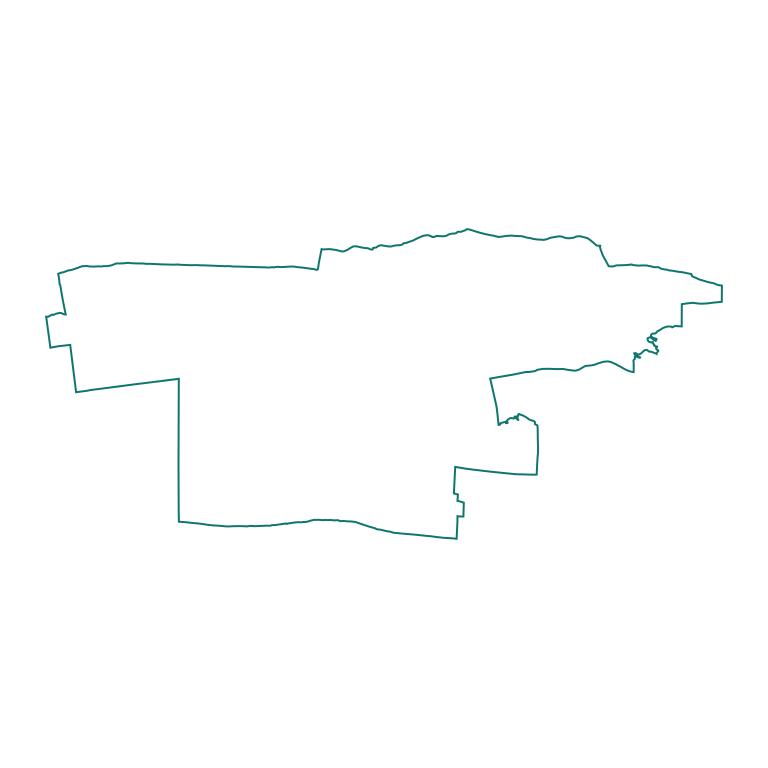 Gogosu, Dolj, Romania
{"feature_id": "2599482B40492403167695", "entity_name": "Gogosu", "entity_type": "district", "adm_level": 2, "iso_a3": "ROU", "parent_name": "Romania", "parent_adm1": "Dolj", "projection": "albers", "projection_center": [23.374, 44.414], "detail": "fine", "context": "isolated", "style": "outline", "palette": "teal", "viewbox_px": 768, "rotation_deg": 0, "n_neighbors": 0, "source": "geoboundaries", "source_scale": "gbopen_adm2", "svg_char_len": 6075}
<svg xmlns="http://www.w3.org/2000/svg" viewBox="0 0 768 768"><path d="M456.6,538.8L457.4,522.2L457.5,516.2L461.0,516.5L463.4,516.5L463.8,502.7L459.9,501.4L457.5,500.9L457.9,494.5L453.9,493.4L455.2,466.9L466.6,468.8L474.6,469.8L490.8,471.7L515.5,474.2L533.4,474.7L536.7,474.6L537.0,467.5L537.5,458.2L538.0,452.7L538.1,449.3L537.8,438.8L537.7,429.4L537.5,425.7L537.0,425.1L535.8,424.6L535.0,424.1L534.9,421.9L533.8,421.1L529.5,419.7L526.0,417.1L522.7,415.4L520.3,414.6L519.3,414.0L518.3,414.3L518.2,415.7L517.9,416.1L517.5,416.1L517.7,419.1L518.3,419.9L518.2,420.0L517.9,419.9L517.5,419.5L517.3,419.0L517.0,418.9L516.2,418.3L516.4,417.3L516.2,417.0L515.8,416.7L514.9,416.5L514.7,416.6L514.7,416.9L515.2,417.3L515.2,417.6L514.9,417.9L514.7,417.9L514.7,418.2L513.7,418.2L513.5,418.5L511.7,418.1L510.1,418.1L507.6,419.9L507.0,420.8L506.9,421.5L507.5,422.3L507.5,422.9L506.6,423.2L506.0,423.1L505.9,421.7L500.7,423.1L500.3,424.5L498.6,424.9L497.2,411.8L496.4,405.9L490.2,378.6L498.9,377.0L514.2,374.4L525.3,372.1L529.3,371.9L533.8,371.3L535.2,371.0L537.5,369.8L542.7,368.9L549.2,368.8L556.8,369.1L562.3,369.0L564.6,369.2L566.8,369.7L571.8,370.4L575.7,370.7L579.1,369.6L585.2,366.0L592.0,365.3L594.7,364.7L596.8,363.8L603.3,361.8L607.3,361.4L608.9,361.5L611.6,362.3L615.8,364.2L618.3,365.7L620.4,366.6L622.8,368.1L626.6,370.1L629.5,371.2L631.7,371.8L633.6,372.1L633.7,368.9L633.7,363.3L633.4,360.8L633.9,359.7L634.8,358.9L635.0,358.0L634.9,356.6L636.4,356.4L637.6,357.1L639.8,357.8L640.0,357.3L638.1,356.7L635.6,355.1L634.3,353.8L634.2,353.3L635.7,353.1L637.3,354.2L639.0,354.6L641.3,353.3L644.0,350.6L645.0,350.2L646.8,349.9L649.3,351.7L650.8,351.6L655.6,353.4L656.5,353.9L656.5,353.2L658.2,351.2L658.3,350.6L657.8,350.0L656.9,349.7L656.3,349.1L656.1,347.7L657.1,347.1L657.1,346.6L655.5,346.3L654.1,345.5L654.3,344.7L653.7,344.2L653.0,343.5L652.8,342.7L652.8,341.9L651.6,342.5L650.0,342.2L648.4,341.4L647.9,340.2L647.5,339.2L647.6,338.4L648.1,337.9L651.0,337.1L651.5,338.2L653.9,339.6L655.7,340.9L656.1,340.3L656.5,339.0L655.4,338.5L653.2,337.9L650.8,336.1L651.1,335.0L651.6,334.2L652.6,333.6L654.6,333.6L655.6,333.3L657.0,331.9L657.3,331.3L659.4,330.3L663.0,328.0L665.8,326.9L668.6,326.4L671.6,326.7L672.2,327.3L672.9,327.1L674.9,326.0L681.7,326.4L681.8,304.2L686.2,303.5L692.7,302.8L698.1,303.5L700.5,303.7L703.9,303.6L708.6,303.3L712.7,302.7L721.8,301.8L721.9,285.6L717.7,285.0L714.9,283.7L712.7,283.0L711.3,282.8L707.7,282.0L703.2,280.6L699.0,279.4L696.2,278.0L693.4,276.9L691.8,275.9L691.7,274.8L691.1,273.9L689.3,273.7L682.4,272.2L679.8,272.0L672.2,270.7L668.9,270.4L667.0,269.7L664.7,269.5L660.6,268.5L659.0,267.4L657.9,267.2L654.2,267.2L651.6,266.6L650.1,266.1L648.8,266.0L647.1,265.5L642.6,265.4L638.4,265.6L633.2,265.1L632.0,264.6L630.7,264.5L630.3,264.7L625.6,265.1L616.4,265.4L613.7,266.3L612.1,266.5L608.7,266.2L602.9,255.6L600.5,249.2L599.9,246.9L600.2,245.8L597.6,245.7L596.3,245.3L593.1,242.4L589.7,239.7L587.2,238.0L583.3,237.1L581.1,236.5L579.7,236.2L576.4,236.5L573.7,237.7L569.9,238.2L567.6,238.3L564.3,237.6L563.3,237.1L562.1,236.7L560.6,236.4L558.4,236.4L550.6,237.7L546.5,239.3L543.6,239.9L541.4,239.7L537.7,239.5L533.1,238.9L529.9,238.0L527.2,237.7L522.0,236.2L514.3,235.9L510.9,235.5L509.3,235.8L507.2,235.8L502.6,236.5L498.3,237.0L497.1,236.5L495.3,236.3L493.6,235.6L491.0,235.3L486.4,234.3L485.5,234.2L477.7,232.1L470.5,229.8L468.4,229.3L466.8,229.2L466.1,229.6L465.6,230.2L463.0,231.0L461.8,231.6L460.4,231.8L457.6,231.8L456.4,233.0L454.8,233.5L453.2,233.5L451.1,233.8L448.9,234.4L446.6,235.6L444.5,236.2L442.7,236.3L438.2,236.0L436.3,236.0L434.8,236.7L433.4,237.0L432.2,237.0L431.8,236.5L428.3,235.2L425.2,235.4L423.1,235.8L416.5,238.7L413.8,240.2L406.3,242.9L403.5,243.3L402.6,244.3L401.2,244.9L399.2,245.3L397.6,245.2L395.8,245.4L393.0,245.9L391.9,246.3L390.8,246.5L388.2,246.4L381.5,245.3L379.8,245.4L377.6,246.4L376.5,247.3L375.7,247.6L373.2,247.9L372.7,249.4L372.1,249.6L371.3,249.6L369.9,249.1L368.4,248.4L367.0,248.1L365.6,248.1L362.1,247.6L357.4,246.5L355.2,246.3L353.6,246.3L351.2,247.5L347.2,250.0L343.8,251.4L341.5,251.4L336.7,250.1L330.1,249.1L325.4,249.3L323.3,249.5L321.6,249.1L320.9,252.5L318.9,262.6L317.9,269.2L317.2,269.8L316.3,269.8L313.6,269.0L312.0,268.9L303.5,267.7L297.9,267.2L293.1,266.5L291.6,266.5L281.1,267.1L277.6,266.8L274.9,267.1L273.8,267.4L272.4,267.2L267.7,267.6L266.3,267.3L265.6,267.4L260.7,267.2L258.6,267.2L243.5,266.7L233.3,266.5L230.7,266.3L229.6,266.1L224.8,266.2L203.0,265.3L200.3,265.3L196.9,265.1L190.8,265.2L180.5,264.8L178.7,264.5L176.3,264.5L174.9,264.7L162.2,264.4L149.5,263.8L147.1,263.9L143.2,263.5L136.1,263.4L129.6,263.1L128.4,262.8L122.7,263.4L116.1,263.5L111.7,265.3L107.5,266.1L103.9,266.1L101.7,266.4L99.9,266.5L98.7,266.3L94.4,266.6L90.1,266.5L86.0,265.9L84.4,266.1L83.2,266.1L82.1,266.3L79.5,267.1L78.3,267.7L76.9,268.1L74.0,269.2L69.7,270.3L68.4,270.4L63.5,272.2L61.1,272.7L58.2,273.8L59.1,278.9L59.6,284.2L60.2,284.8L62.8,300.2L65.7,314.5L63.8,314.3L62.6,313.8L61.8,313.2L59.9,312.9L56.1,313.7L54.4,314.4L53.9,314.8L53.0,314.8L52.4,314.6L47.9,316.8L46.1,316.7L46.5,319.0L50.4,347.7L58.0,346.3L70.2,344.9L76.1,392.2L87.6,390.7L90.1,390.1L133.3,384.5L178.8,378.8L178.5,463.7L178.7,510.6L178.9,521.7L186.8,522.3L192.4,523.0L196.5,523.3L201.6,523.9L206.8,524.7L213.1,525.4L217.3,525.6L226.3,526.4L229.9,526.4L232.7,526.2L240.2,526.1L244.1,526.2L245.6,526.4L246.3,526.2L247.4,526.4L249.7,525.9L253.5,526.0L254.8,526.2L265.7,525.7L269.9,525.7L271.3,525.5L272.0,525.1L274.7,525.1L285.1,523.6L286.2,523.5L286.3,523.8L287.0,523.9L287.8,523.6L289.3,523.3L295.3,522.4L298.1,522.2L301.1,522.3L303.2,522.0L305.3,522.0L308.0,521.5L311.1,520.5L314.0,519.9L318.8,519.8L323.2,520.2L323.9,520.0L329.1,520.1L330.4,519.9L332.2,520.2L335.5,520.4L336.0,520.2L338.6,520.3L339.3,520.9L341.0,521.2L342.5,520.9L345.1,521.1L348.2,521.4L350.4,521.4L355.4,522.0L367.8,526.2L375.7,528.5L376.2,529.0L376.7,529.2L380.6,529.7L386.2,531.1L390.2,531.7L391.6,532.1L393.2,532.7L402.5,533.6L416.6,534.8L425.7,535.8L430.5,536.2L436.2,537.0L443.5,537.8L453.4,538.4L456.6,538.8Z" fill="none" stroke="#0f766e" stroke-width="2"/></svg>